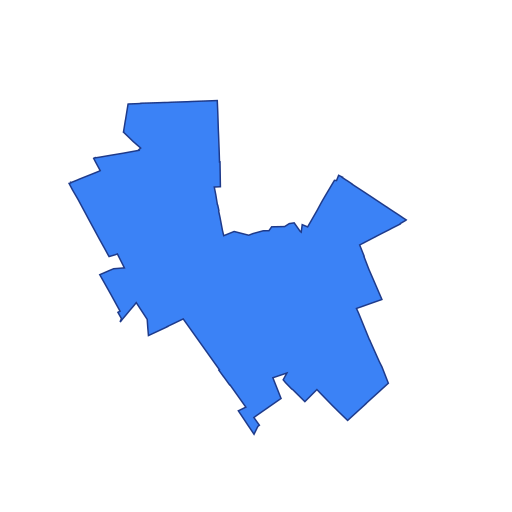 outline of Traian, Braila, Romania, rotated 251°
{"feature_id": "2599482B34558550347077", "entity_name": "Traian", "entity_type": "district", "adm_level": 2, "iso_a3": "ROU", "parent_name": "Romania", "parent_adm1": "Braila", "projection": "orthographic", "projection_center": [27.706, 45.134], "detail": "fine", "context": "isolated", "style": "filled", "palette": "blue", "viewbox_px": 512, "rotation_deg": 251, "n_neighbors": 0, "source": "geoboundaries", "source_scale": "gbopen_adm2", "svg_char_len": 2769}
<svg xmlns="http://www.w3.org/2000/svg" viewBox="0 0 512 512"><g transform="rotate(251 256 256)"><path d="M424.6,240.1L427.9,229.4L429.0,225.8L429.3,224.7L429.9,222.6L431.4,218.0L432.1,215.6L433.0,212.7L435.5,204.6L437.9,197.0L437.7,196.9L438.5,194.0L441.1,185.4L441.3,184.5L437.4,182.4L427.5,177.1L426.7,176.6L416.8,171.3L416.5,171.4L416.3,171.0L406.7,175.9L404.3,177.1L399.8,179.7L396.2,181.8L395.6,182.1L394.6,179.7L394.0,179.8L395.5,170.1L396.4,164.1L398.5,151.7L400.4,140.0L401.1,136.1L401.4,136.0L401.3,135.6L401.3,134.6L401.2,134.3L397.1,134.9L387.4,136.5L387.2,134.4L386.7,124.4L386.2,113.9L386.0,111.8L385.9,109.6L385.8,108.2L385.7,105.3L385.9,105.0L385.5,105.0L385.4,103.7L385.5,103.4L385.5,102.9L378.3,104.0L367.2,106.2L345.5,109.7L322.6,113.5L311.3,115.5L305.3,116.5L303.3,116.9L303.0,123.3L303.1,125.6L287.6,127.7L290.3,117.3L290.0,112.5L289.2,102.2L266.2,106.4L255.0,108.3L248.1,109.5L247.7,107.1L242.7,108.0L242.4,108.1L241.7,108.2L240.5,108.3L239.0,106.9L238.4,106.4L238.1,106.6L240.1,109.7L240.9,111.1L242.4,113.6L245.4,118.5L249.3,125.1L250.7,127.3L250.9,127.6L231.5,132.5L223.7,130.4L215.8,128.4L218.0,149.3L218.2,149.2L220.2,166.7L167.4,182.3L160.4,184.4L160.2,183.7L152.3,186.1L151.9,186.3L143.6,188.8L142.5,189.2L142.5,189.5L116.4,197.2L115.4,188.9L105.9,191.4L99.7,193.0L90.4,195.5L88.1,196.1L88.6,196.6L91.8,199.8L94.3,202.3L94.9,204.1L104.0,201.4L104.3,202.5L105.1,205.0L113.0,232.8L113.1,233.3L135.4,232.3L135.3,247.1L130.1,241.4L126.6,242.7L118.5,246.5L118.0,247.1L102.4,254.8L109.9,270.1L104.9,272.4L98.1,275.6L89.8,279.5L81.1,283.8L70.7,289.1L76.1,301.6L80.4,311.6L80.5,311.5L82.1,315.2L86.8,326.2L92.5,339.4L92.6,339.7L110.1,339.0L115.9,338.2L137.4,336.3L139.4,336.2L139.6,336.0L163.1,334.7L168.4,334.4L173.7,333.9L173.9,360.9L196.3,359.2L206.4,358.4L220.4,357.9L220.6,358.2L232.7,357.6L236.0,379.7L236.4,382.5L237.5,390.6L238.0,393.5L238.7,398.7L238.8,399.5L239.3,402.9L239.7,403.0L240.9,408.9L241.0,409.4L241.2,409.8L244.5,407.2L245.5,406.5L256.9,397.7L281.2,379.1L290.3,372.0L292.7,370.2L292.8,370.3L297.7,366.6L298.5,365.9L302.2,363.1L302.4,363.4L303.5,362.3L304.8,361.0L305.4,360.4L301.1,356.7L301.5,355.9L302.0,354.8L291.5,342.4L287.3,337.5L285.0,334.9L279.1,328.5L266.7,314.3L270.6,309.9L263.8,306.5L264.7,305.9L265.0,305.9L265.2,305.7L274.9,302.9L275.8,298.0L274.5,292.7L278.5,280.3L275.7,276.5L277.5,271.0L278.2,260.3L278.0,255.9L286.3,243.3L285.7,232.1L291.0,232.6L304.0,234.5L310.5,235.3L311.0,235.7L316.7,236.4L317.1,236.2L326.9,237.9L334.8,239.0L333.1,244.9L356.7,252.6L356.8,252.1L357.1,252.2L359.0,252.8L366.1,255.0L369.7,256.1L382.6,260.0L387.7,261.5L397.7,264.6L404.2,266.6L410.2,268.4L415.6,270.0L416.0,268.7L417.4,264.0L422.9,245.9L424.1,241.7L424.6,240.1Z" fill="#3b82f6" stroke="#1e3a8a" stroke-width="1.5"/></g></svg>